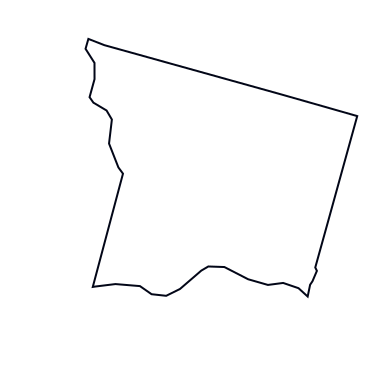 the district of Clay, Florida, United States of America, rotated 106°
{"feature_id": "52423323B4514438281509", "entity_name": "Clay", "entity_type": "district", "adm_level": 2, "iso_a3": "USA", "parent_name": "United States of America", "parent_adm1": "Florida", "projection": "robinson", "projection_center": [-81.803, 29.956], "detail": "fine", "context": "isolated", "style": "outline", "palette": "ink", "viewbox_px": 384, "rotation_deg": 106, "n_neighbors": 0, "source": "geoboundaries", "source_scale": "gbopen_adm2", "svg_char_len": 578}
<svg xmlns="http://www.w3.org/2000/svg" viewBox="0 0 384 384"><g transform="rotate(106 192 192)"><path d="M73.5,80.3L73.6,132.4L75.0,316.8L73.4,333.8L83.7,333.8L94.8,321.3L110.4,316.8L129.1,316.6L133.3,311.4L137.2,296.6L144.4,289.0L168.3,285.1L188.7,269.5L193.4,263.4L310.6,261.2L309.4,258.6L301.6,240.2L296.8,216.1L301.4,202.7L298.9,188.2L288.5,176.8L265.0,161.4L259.1,155.8L255.2,140.2L260.4,114.0L260.4,93.4L254.3,79.3L255.1,63.1L260.6,52.0L248.6,52.9L244.6,51.6L233.4,50.2L230.6,52.7L180.7,53.1L73.5,54.1L73.5,80.3Z" fill="none" stroke="#020617" stroke-width="2"/></g></svg>